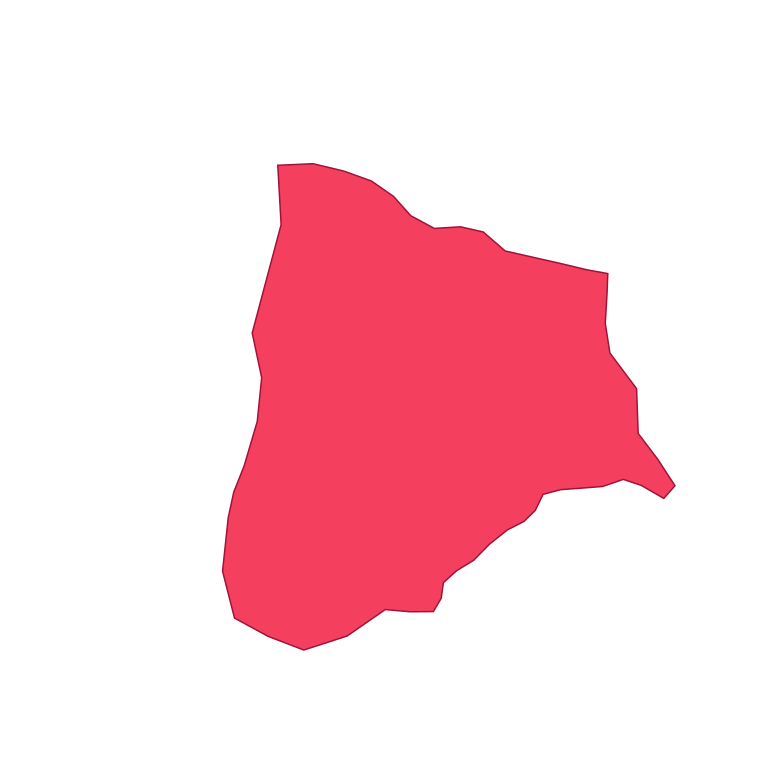 Qobustan, Albers equal-area conic projection, rotated 239°
{"feature_id": "AZE-1711", "entity_name": "Qobustan", "entity_type": "District", "adm_level": 1, "iso_a3": "AZE", "parent_name": "Azerbaijan", "parent_adm1": "", "projection": "albers", "projection_center": [48.882, 40.527], "detail": "fine", "context": "isolated", "style": "filled", "palette": "rose", "viewbox_px": 768, "rotation_deg": 239, "n_neighbors": 0, "source": "natural_earth", "source_scale": "10m", "svg_char_len": 807}
<svg xmlns="http://www.w3.org/2000/svg" viewBox="0 0 768 768"><g transform="rotate(239 384 384)"><path d="M249.9,598.1L210.7,576.4L178.4,579.9L146.9,581.0L141.8,564.9L164.6,552.3L179.0,540.0L183.6,518.5L193.0,499.7L202.4,481.1L207.5,463.5L197.7,448.5L194.1,433.2L195.4,414.7L192.4,392.0L186.7,370.0L186.6,350.3L183.1,332.6L170.8,322.6L163.5,309.1L175.5,288.8L190.0,268.9L187.0,222.6L197.3,178.2L227.2,154.8L260.3,135.3L306.7,149.2L349.6,181.6L368.7,199.5L385.8,221.9L417.2,256.1L452.4,282.4L495.6,297.3L530.3,333.1L573.6,377.9L626.2,405.6L609.4,436.6L587.2,459.2L564.4,477.8L539.9,488.8L514.5,493.6L491.5,507.2L479.3,530.6L463.3,547.3L435.6,556.4L412.9,580.1L395.4,598.4L377.7,616.4L363.4,632.7L347.9,622.6L322.0,604.9L294.2,593.6L249.9,598.1Z" fill="#f43f5e" stroke="#9f1239" stroke-width="1.5"/></g></svg>